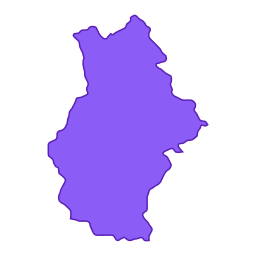 Bonao, Monseñor Nouel, Dominican Republic (orthographic projection)
{"feature_id": "3306468B55753848240652", "entity_name": "Bonao", "entity_type": "district", "adm_level": 2, "iso_a3": "DOM", "parent_name": "Dominican Republic", "parent_adm1": "Monseñor Nouel", "projection": "orthographic", "projection_center": [-70.443, 18.942], "detail": "fine", "context": "isolated", "style": "filled", "palette": "violet", "viewbox_px": 256, "rotation_deg": 0, "n_neighbors": 0, "source": "geoboundaries", "source_scale": "gbopen_adm2", "svg_char_len": 5741}
<svg xmlns="http://www.w3.org/2000/svg" viewBox="0 0 256 256"><path d="M83.9,69.1L84.4,70.2L84.6,71.0L84.7,72.4L84.8,75.1L85.0,76.4L85.3,77.2L87.7,82.0L88.1,83.1L88.1,84.3L88.0,85.2L87.7,85.9L86.9,87.6L86.7,88.8L86.7,89.6L86.8,90.3L87.8,92.6L87.8,93.3L87.6,93.9L87.1,94.4L85.0,95.7L83.2,96.4L81.5,97.2L80.3,97.5L77.6,97.9L77.0,98.1L76.4,98.6L76.2,99.3L75.7,101.0L74.7,103.1L73.9,104.9L73.0,106.5L72.1,108.3L70.2,110.7L69.6,111.8L69.3,113.0L68.9,116.2L68.6,117.0L67.9,118.7L67.7,119.5L67.2,123.2L66.9,124.0L65.2,127.5L64.1,128.8L62.8,129.9L61.7,130.4L59.4,130.9L58.7,131.2L58.1,131.7L57.4,132.6L57.2,133.4L57.1,134.3L57.0,137.3L56.8,138.1L56.5,138.8L56.0,139.3L54.1,140.4L51.6,141.5L49.7,142.5L48.9,143.2L48.5,143.9L48.3,145.1L48.3,146.4L48.3,153.4L48.4,154.7L48.7,155.8L49.2,156.4L50.4,157.2L51.3,158.0L52.2,158.9L52.7,159.6L53.3,160.7L53.8,163.1L54.1,163.8L55.6,166.3L56.1,166.7L57.9,167.5L58.3,168.0L58.7,169.1L58.9,172.5L59.1,173.2L59.3,173.6L59.8,174.0L61.8,175.5L63.4,177.0L64.6,178.3L65.3,179.4L65.4,180.2L65.4,180.6L65.2,181.4L63.7,184.4L62.5,186.4L61.9,187.9L61.0,189.5L60.7,190.3L60.0,193.0L59.0,195.1L58.8,195.9L58.7,196.7L58.7,197.9L58.7,198.8L58.9,199.6L59.2,200.4L59.7,201.1L60.3,201.8L61.2,202.6L61.9,203.1L64.1,204.2L65.5,205.3L69.0,208.7L69.9,209.7L70.3,210.4L70.8,211.6L70.9,213.3L70.9,216.3L70.7,217.6L70.5,218.7L72.2,219.1L75.5,219.7L77.9,220.7L78.8,220.9L80.6,221.1L86.2,221.1L87.6,221.4L88.3,221.7L89.2,222.5L89.6,223.1L89.9,223.9L90.3,225.8L90.5,226.6L91.3,228.3L91.9,229.8L93.6,233.2L94.1,233.8L94.6,234.4L95.3,234.8L96.6,235.1L98.0,235.2L110.4,235.1L111.7,235.2L112.6,235.3L113.4,235.6L114.0,236.1L116.1,239.7L116.7,240.1L117.3,240.3L118.0,240.4L118.7,240.2L119.3,239.9L120.2,239.1L122.0,238.4L123.0,237.8L123.5,237.5L124.2,237.5L124.9,237.7L125.5,238.2L127.1,239.5L127.8,239.9L128.6,240.3L129.8,240.4L131.0,240.3L131.8,240.1L133.9,239.2L137.4,238.6L138.3,238.4L139.9,237.7L141.0,237.5L141.8,237.7L142.4,238.0L143.2,238.7L143.9,239.8L144.2,240.0L144.8,240.4L145.5,240.6L146.7,240.6L149.1,240.5L148.9,238.1L149.0,236.8L149.1,236.0L149.4,235.3L150.3,233.6L151.0,232.2L151.8,230.6L152.0,229.8L152.0,229.4L151.9,228.6L151.3,227.5L149.5,225.2L148.5,223.5L148.1,222.7L147.2,221.7L145.0,219.4L144.1,218.3L143.7,217.6L142.8,215.6L142.6,215.0L142.6,214.6L142.9,213.9L143.3,213.2L144.5,212.1L146.3,210.9L146.8,210.3L147.0,209.6L147.1,208.8L147.2,207.5L147.1,199.6L147.2,196.9L147.5,195.6L148.4,193.6L148.9,191.3L149.4,190.2L149.9,189.6L150.4,189.1L152.5,188.0L155.6,185.7L157.8,184.6L158.8,183.8L159.7,182.9L160.7,181.6L161.3,180.1L162.4,178.1L163.0,176.6L163.9,174.9L165.0,172.8L165.8,171.8L166.7,170.9L167.7,170.1L169.2,169.1L169.6,168.6L170.6,167.0L171.0,166.0L171.1,165.3L171.1,164.9L170.9,164.1L170.0,162.5L169.4,161.0L168.4,159.3L167.6,157.6L167.1,157.0L166.2,156.2L164.6,155.4L163.7,154.8L163.3,154.2L163.0,153.5L163.1,152.8L163.3,152.5L163.8,152.0L166.2,150.6L167.7,150.0L169.7,149.0L170.8,148.6L171.8,148.5L172.5,148.6L173.4,149.2L174.1,150.0L174.9,151.1L175.3,151.7L175.6,151.9L176.3,152.1L177.5,152.3L179.1,152.3L180.9,152.1L182.6,151.8L179.2,148.0L178.6,147.0L178.3,146.2L178.3,145.4L178.4,144.7L178.8,144.0L179.1,143.8L179.8,143.6L182.1,143.4L183.3,143.1L184.4,142.5L186.4,141.0L187.5,140.5L188.3,140.3L190.8,140.1L191.6,139.9L192.4,139.6L193.1,139.2L196.6,136.5L197.0,135.9L197.2,135.2L197.5,132.9L197.8,131.7L198.4,130.6L200.1,128.2L200.4,127.5L200.9,125.8L201.3,125.3L201.9,125.0L202.6,125.1L204.3,125.8L205.5,125.9L206.5,125.5L207.7,124.6L206.8,123.4L206.0,122.2L205.5,121.7L205.2,121.5L204.5,121.3L202.2,121.0L201.0,120.7L200.1,120.1L199.3,119.2L198.5,117.4L197.6,115.8L196.9,114.3L196.5,113.6L194.9,111.6L194.3,110.5L194.2,110.2L194.2,109.4L194.4,108.7L195.1,107.4L195.3,106.7L195.5,105.5L195.5,104.6L195.3,103.8L194.9,103.1L194.4,102.4L193.5,101.4L192.8,100.9L192.0,100.5L190.7,100.2L189.4,100.1L184.0,100.2L182.7,100.0L181.9,99.8L179.8,98.8L178.4,98.1L176.7,97.2L174.5,96.2L173.2,95.1L172.1,93.8L171.8,93.0L171.6,92.2L171.7,91.5L172.2,90.0L172.2,89.4L170.5,85.1L170.4,84.5L170.5,83.8L171.1,82.2L171.4,80.5L171.4,78.0L171.3,77.3L171.0,76.5L170.8,76.2L170.3,75.7L168.1,74.5L166.3,73.6L165.6,73.2L161.5,69.6L160.8,69.1L159.3,68.5L158.2,67.8L157.2,66.9L156.7,66.3L156.2,65.7L156.0,65.0L156.2,64.2L156.4,63.9L156.9,63.5L159.0,63.1L161.5,62.1L163.9,61.7L164.6,61.4L165.5,60.7L166.2,59.8L166.4,59.2L166.4,58.8L166.1,57.0L165.7,55.7L163.8,54.2L162.4,52.8L161.4,51.6L160.4,49.4L159.4,48.2L157.4,46.1L150.8,39.5L150.0,38.6L149.3,37.6L148.9,36.5L148.8,35.8L148.8,34.6L148.9,33.4L149.1,32.7L149.4,32.0L150.1,30.7L150.3,30.1L150.2,29.2L150.0,28.5L149.8,28.2L149.0,27.4L147.3,26.6L146.4,25.9L145.7,25.1L145.0,23.6L144.6,23.0L143.9,22.1L143.0,21.2L142.1,20.5L140.3,19.6L139.7,19.2L138.7,18.4L136.5,16.2L135.5,15.5L134.9,15.4L134.1,15.5L131.7,16.6L130.9,17.4L130.6,17.9L130.5,18.2L130.8,19.9L130.4,20.8L130.0,21.4L129.2,22.2L126.9,23.9L126.5,24.7L126.0,26.6L125.6,27.3L124.8,28.1L121.0,30.0L119.5,30.6L117.5,31.7L116.1,32.4L115.4,32.8L113.7,34.2L113.1,34.5L112.5,34.7L112.1,34.6L111.5,34.3L110.8,33.7L108.7,36.0L107.9,36.9L107.1,38.1L106.9,38.4L106.2,38.7L105.5,38.8L104.7,38.8L103.9,38.6L103.2,38.2L102.2,37.4L100.7,35.9L99.6,34.5L98.9,33.5L98.3,32.0L97.4,30.3L96.5,28.2L96.0,27.6L95.4,27.1L94.6,26.8L93.8,26.6L92.6,26.5L91.7,26.6L90.9,26.7L90.2,27.0L89.8,27.2L89.0,27.9L88.0,29.2L87.4,29.7L86.4,30.0L83.1,30.1L81.9,30.3L81.2,30.6L80.6,31.1L80.1,31.6L79.3,32.6L78.8,33.0L77.7,33.3L75.0,33.6L74.3,33.8L73.8,34.3L73.4,34.9L73.4,35.2L73.4,35.6L73.7,36.3L74.5,37.2L77.7,40.2L78.6,41.2L79.2,42.3L79.4,43.1L79.7,46.0L80.0,47.2L81.0,49.3L81.6,50.8L82.6,52.4L82.8,53.2L83.3,55.5L83.9,57.2L84.0,57.8L83.9,58.5L83.3,60.1L83.2,60.9L83.1,62.2L83.1,64.8L83.5,66.5L83.9,69.1Z" fill="#8b5cf6" stroke="#5b21b6" stroke-width="1.5"/></svg>